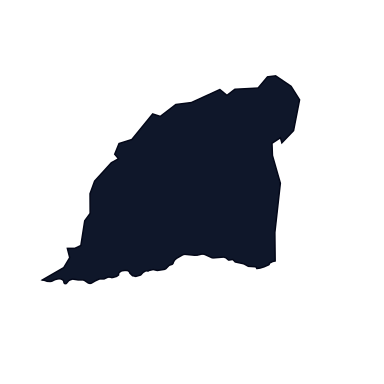 Elbert, Georgia, United States of America (Robinson projection), rotated 113°
{"feature_id": "52423323B69267634512958", "entity_name": "Elbert", "entity_type": "district", "adm_level": 2, "iso_a3": "USA", "parent_name": "United States of America", "parent_adm1": "Georgia", "projection": "robinson", "projection_center": [-82.718, 34.122], "detail": "fine", "context": "isolated", "style": "filled", "palette": "ink", "viewbox_px": 384, "rotation_deg": 113, "n_neighbors": 0, "source": "geoboundaries", "source_scale": "gbopen_adm2", "svg_char_len": 1737}
<svg xmlns="http://www.w3.org/2000/svg" viewBox="0 0 384 384"><g transform="rotate(113 192 192)"><path d="M223.0,88.5L196.9,99.9L149.4,114.1L127.0,132.2L115.9,137.4L107.5,131.8L111.6,128.5L95.8,122.5L65.1,129.0L56.0,142.1L52.4,160.4L56.5,167.5L70.5,171.8L80.7,192.7L89.4,197.6L86.8,206.4L109.9,227.5L117.8,241.1L134.8,250.7L135.5,258.7L167.2,267.9L175.9,278.1L187.4,277.9L190.1,272.6L196.6,277.7L220.0,285.9L233.4,285.2L251.5,277.4L260.4,279.5L284.7,273.4L289.6,277.8L292.6,284.7L300.2,278.9L311.7,280.5L331.6,295.5L331.6,295.4L331.0,293.6L330.8,290.4L329.7,287.4L328.9,286.2L326.3,284.0L324.9,282.2L323.8,280.5L323.3,278.9L323.3,277.2L323.6,276.0L324.5,275.0L325.5,274.4L326.0,273.6L325.9,272.9L325.6,272.2L324.8,271.8L321.8,270.9L320.4,269.7L318.8,267.9L317.4,262.4L316.1,259.3L315.5,257.9L315.4,256.5L316.3,251.9L316.0,250.1L315.2,249.0L311.6,246.3L308.2,243.2L306.3,238.9L303.2,236.1L302.3,234.1L302.2,232.6L301.7,231.6L299.2,228.5L297.1,227.2L295.8,227.7L294.5,227.6L292.1,226.0L290.4,223.1L289.5,220.7L289.7,218.8L291.0,217.4L292.2,214.3L292.3,213.5L292.1,213.1L291.8,212.7L291.9,211.5L291.6,210.7L288.8,207.2L288.2,206.7L286.1,206.0L285.1,205.6L282.8,203.9L282.5,203.6L281.9,201.5L281.1,201.0L278.5,197.4L277.8,193.3L274.1,187.3L273.0,186.2L268.4,184.4L266.3,182.0L265.3,181.6L263.6,181.7L261.4,181.4L259.1,180.3L253.3,175.9L252.2,174.4L249.2,164.9L248.1,162.5L245.3,158.7L244.7,157.1L244.5,155.8L244.7,147.9L244.3,146.6L239.5,137.4L239.4,136.3L239.3,135.1L240.2,132.3L240.3,131.5L238.2,128.2L238.7,126.7L239.5,124.9L238.0,117.0L237.9,115.8L238.4,111.1L236.0,104.3L236.0,103.8L237.1,102.4L235.4,99.6L232.7,96.4L229.1,93.0L228.6,92.7L227.4,93.0L224.5,90.6L223.0,88.5Z" fill="#0f172a" stroke="#020617" stroke-width="1.5"/></g></svg>